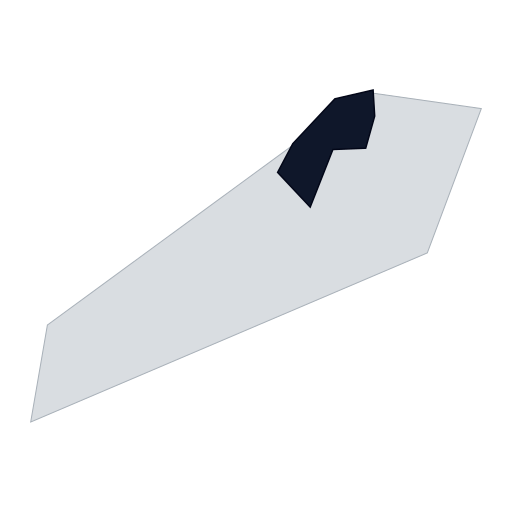 North Side on a map of Anguilla (Equal Earth projection)
{"feature_id": "AIA-5119", "entity_name": "North Side", "entity_type": "District", "adm_level": 1, "iso_a3": "AIA", "parent_name": "Anguilla", "parent_adm1": "", "projection": "equal_earth", "projection_center": [-63.042, 18.253], "detail": "fine", "context": "in_parent", "style": "filled", "palette": "ink", "viewbox_px": 512, "rotation_deg": 0, "n_neighbors": 0, "source": "natural_earth", "source_scale": "10m", "svg_char_len": 369}
<svg xmlns="http://www.w3.org/2000/svg" viewBox="0 0 512 512"><path d="M427.3,252.9L30.7,422.0L47.4,325.0L365.3,92.1L481.3,108.6L427.3,252.9Z" fill="#d9dde1" stroke="#a8b0b8" stroke-width="1"/><path d="M277.6,172.4L292.8,143.7L334.9,98.8L373.1,90.0L374.7,116.1L365.7,148.2L332.9,149.5L310.2,207.1L277.6,172.4Z" fill="#0f172a" stroke="#020617" stroke-width="1.5"/></svg>